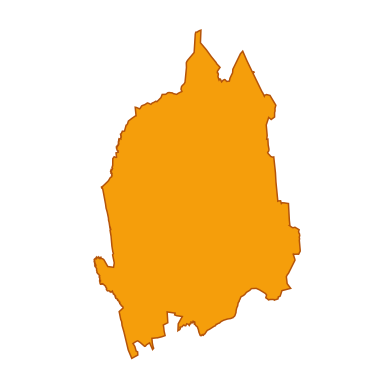 Vecpils pag., Durbes, Latvia, rotated 85°
{"feature_id": "27541924B81448674487737", "entity_name": "Vecpils pag.", "entity_type": "district", "adm_level": 2, "iso_a3": "LVA", "parent_name": "Latvia", "parent_adm1": "Durbes", "projection": "natural_earth1", "projection_center": [21.536, 56.615], "detail": "fine", "context": "isolated", "style": "filled", "palette": "amber", "viewbox_px": 384, "rotation_deg": 85, "n_neighbors": 0, "source": "geoboundaries", "source_scale": "gbopen_adm2", "svg_char_len": 6029}
<svg xmlns="http://www.w3.org/2000/svg" viewBox="0 0 384 384"><g transform="rotate(85 192 192)"><path d="M273.7,291.6L274.7,291.6L275.9,291.2L276.0,289.5L275.5,289.7L275.5,289.1L277.0,287.5L277.5,287.3L278.0,286.4L279.0,286.3L280.5,285.4L281.2,285.8L281.8,285.7L283.1,284.9L283.0,284.3L283.2,283.9L283.3,283.1L283.8,282.5L284.3,282.3L284.2,281.8L284.8,281.4L283.8,280.0L286.7,279.2L286.6,278.8L287.4,278.5L288.5,277.6L289.4,277.7L289.3,277.3L291.2,277.2L291.9,276.0L293.0,275.6L292.7,275.4L294.3,274.4L295.3,274.2L295.5,273.7L295.3,273.7L295.5,273.5L296.8,273.7L297.6,273.0L298.0,273.0L298.5,272.4L299.3,272.2L300.0,271.0L301.5,270.7L304.8,275.0L312.8,274.1L315.0,273.4L318.8,273.3L325.5,272.0L343.7,269.3L352.5,266.5L349.7,260.2L346.5,260.1L345.6,261.5L340.9,262.4L337.8,264.0L336.7,261.9L336.4,261.6L335.5,259.1L337.3,256.8L341.6,252.7L341.5,251.8L340.2,250.6L338.6,247.4L345.5,245.0L344.3,243.8L342.5,244.3L338.8,244.7L334.3,244.7L334.2,239.5L334.3,239.3L333.6,234.7L332.7,231.3L328.2,231.9L324.0,232.0L322.0,232.2L320.1,227.5L309.3,227.2L311.2,219.4L312.9,220.0L313.9,218.0L315.2,212.5L322.1,217.2L328.9,218.1L328.3,217.2L328.3,216.5L327.1,215.5L325.7,215.8L325.4,213.7L324.3,212.6L323.8,211.7L324.6,210.7L324.7,209.9L322.8,208.7L323.6,207.0L324.7,206.4L323.7,205.7L323.5,206.0L323.2,205.3L322.8,205.1L323.0,204.7L322.4,204.3L321.6,204.3L321.9,203.7L321.6,203.5L321.6,203.3L322.2,202.8L321.7,202.5L322.0,202.2L321.0,202.0L321.5,201.5L321.5,200.9L321.7,200.6L322.6,200.6L323.9,201.0L323.9,200.5L324.6,200.3L325.6,199.7L326.7,198.5L329.4,197.7L332.3,197.3L335.6,196.3L336.0,195.5L335.0,194.2L335.8,193.5L335.8,193.2L334.7,192.4L334.6,191.7L331.2,188.9L330.3,186.6L327.6,181.5L327.3,180.3L325.9,179.4L325.9,178.6L325.3,177.6L324.9,176.0L323.6,174.3L322.5,171.7L321.6,167.6L321.4,164.4L320.8,162.6L320.8,162.2L320.4,161.9L319.5,160.5L318.6,159.9L315.9,158.7L314.1,158.4L311.2,157.5L309.6,156.5L306.5,155.7L304.9,154.5L304.1,154.3L302.7,153.4L301.4,152.8L300.6,152.2L299.6,149.8L298.6,148.3L296.7,146.5L294.9,142.9L293.7,141.6L293.4,141.0L293.6,136.4L295.4,133.2L299.1,128.2L299.8,127.5L301.1,126.7L303.8,127.7L305.4,125.8L306.2,125.2L305.9,123.7L306.1,120.6L306.7,119.5L306.4,119.5L306.6,118.2L306.0,115.7L304.0,115.1L303.7,113.7L303.3,113.2L298.1,111.0L296.6,102.1L291.6,105.2L284.6,105.4L282.9,104.4L281.4,103.0L269.0,95.4L268.0,95.4L262.8,96.6L262.6,96.5L262.9,96.1L263.1,92.4L263.3,91.2L260.4,89.4L259.4,89.3L249.3,89.3L248.1,88.9L246.3,89.1L245.0,88.5L243.0,88.6L242.1,89.1L240.8,89.3L238.9,88.6L236.1,92.5L236.4,94.3L236.2,95.1L235.5,96.1L233.8,97.9L233.7,97.4L228.6,97.5L211.9,96.9L210.9,100.9L210.6,103.0L211.3,104.0L208.5,104.5L208.4,106.8L208.6,107.3L189.0,107.5L180.2,107.2L164.2,107.5L164.3,108.7L163.5,110.4L160.2,112.9L159.2,113.2L157.7,111.9L156.0,111.6L151.7,112.0L145.9,111.8L146.0,113.0L142.3,112.2L131.7,112.2L124.4,109.1L126.7,106.8L124.5,103.2L120.1,102.8L118.5,102.2L115.8,102.0L112.9,100.9L102.6,105.9L101.4,109.3L101.7,109.9L101.8,111.0L102.9,111.6L98.9,113.1L98.4,113.5L79.1,120.9L78.1,119.7L77.6,120.0L77.6,121.5L66.2,125.8L56.1,129.2L58.5,131.7L73.3,140.6L76.9,141.2L78.1,142.0L82.1,144.3L84.8,145.1L84.9,147.8L83.0,149.3L82.8,149.8L83.4,151.3L84.9,152.9L82.0,153.9L81.8,154.4L82.8,155.3L79.3,156.1L77.0,155.5L75.8,155.7L75.6,156.3L75.2,156.4L73.8,156.1L70.3,153.2L66.4,156.2L65.0,156.8L58.8,161.0L51.6,165.3L44.1,170.6L31.5,169.0L32.0,170.9L32.4,171.4L32.6,172.2L33.1,172.7L33.1,174.2L33.8,174.6L35.1,175.0L53.2,177.7L60.2,184.7L61.6,185.8L62.8,186.4L67.6,186.7L82.1,189.4L83.6,190.5L85.2,192.5L86.2,193.3L88.6,194.0L91.0,193.3L92.4,197.0L93.4,198.8L92.4,201.9L91.6,202.9L90.9,206.1L91.0,207.4L92.4,209.7L92.2,213.2L95.3,214.7L99.0,219.1L98.4,220.1L99.5,222.4L99.9,223.9L101.1,225.3L99.9,227.4L99.4,228.7L100.8,231.3L101.5,233.8L101.9,234.7L104.3,236.5L104.6,237.0L103.0,239.9L102.6,241.2L111.2,241.1L111.2,241.6L113.6,245.8L115.8,249.2L118.5,250.3L119.5,251.2L119.7,251.8L125.4,253.9L125.6,255.8L125.4,256.1L127.7,257.4L128.1,258.2L128.5,258.2L129.3,257.7L129.5,258.0L130.1,258.1L130.9,257.6L131.4,257.8L131.8,258.3L132.9,258.3L132.5,258.9L132.8,259.6L133.0,259.7L132.8,260.0L133.2,260.0L133.4,260.4L133.8,260.4L133.8,260.1L134.0,260.0L134.3,260.5L134.8,260.3L135.3,260.9L135.5,260.9L135.5,260.7L135.8,260.6L136.3,261.0L136.9,261.2L137.3,260.8L137.5,261.0L138.2,260.9L138.8,261.3L138.6,261.5L138.8,262.0L139.5,262.2L139.5,262.6L139.9,262.8L140.4,262.5L140.8,263.0L140.7,263.4L141.2,263.4L141.3,263.2L141.8,263.4L142.2,263.1L143.4,263.1L144.1,262.8L144.4,262.6L144.2,262.5L144.4,262.2L144.7,262.0L146.0,262.1L146.4,264.3L150.8,264.1L151.0,264.6L150.1,266.5L151.9,268.0L158.9,268.7L159.4,269.2L160.0,269.1L160.8,269.6L161.7,269.1L162.7,269.7L162.5,270.3L163.5,270.3L163.4,270.9L164.0,270.8L164.3,271.3L164.5,271.2L164.4,270.8L165.0,271.0L165.3,270.7L165.7,271.1L166.1,271.1L166.0,270.6L166.5,270.1L168.0,270.5L168.3,270.2L168.9,270.3L169.3,270.8L169.8,270.7L170.6,272.2L173.4,274.2L174.5,275.4L178.5,280.4L179.2,281.8L180.2,281.5L180.0,281.0L181.8,280.6L196.3,279.2L200.5,279.0L204.7,278.2L210.7,277.5L212.7,277.6L215.2,277.2L220.5,276.9L220.3,276.5L222.4,276.2L222.7,277.0L229.0,276.5L238.8,276.5L244.6,276.1L246.4,275.6L247.7,276.6L255.8,275.6L260.2,276.7L258.9,282.4L252.1,285.5L251.3,286.1L250.6,287.2L250.2,288.4L249.0,288.4L249.0,288.6L249.3,289.1L250.4,289.6L250.1,290.2L249.0,290.3L248.6,290.6L249.3,291.0L248.8,291.6L248.8,292.0L249.8,292.7L248.7,293.0L250.0,294.0L249.9,294.4L250.4,295.0L250.8,294.8L251.2,294.9L251.2,295.3L252.0,295.2L252.5,295.5L253.1,295.4L253.4,294.8L254.1,295.2L254.4,295.0L254.7,295.1L254.9,294.8L255.4,295.2L255.7,295.0L255.5,294.7L256.4,294.4L256.3,294.2L256.5,294.1L256.8,294.6L256.6,294.9L257.0,295.3L257.8,295.0L257.8,294.7L257.4,294.5L258.9,294.3L260.0,293.7L261.7,293.9L263.6,293.5L263.9,293.7L265.4,292.8L265.7,292.2L267.1,291.6L267.8,291.7L267.7,291.4L269.1,291.7L269.2,291.4L270.5,291.4L270.3,291.2L270.8,291.5L271.9,291.3L271.6,291.6L272.4,291.8L272.8,291.8L273.1,291.5L273.0,291.3L273.7,291.6Z" fill="#f59e0b" stroke="#b45309" stroke-width="1.5"/></g></svg>